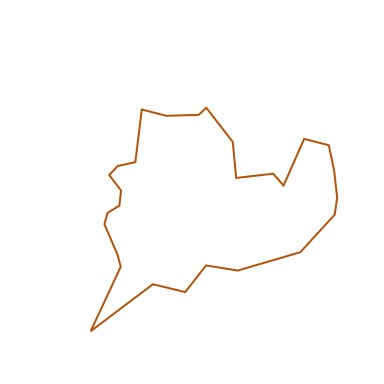 an SVG outline of Pasig, rotated 69°
{"feature_id": "PHL-5552", "entity_name": "Pasig", "entity_type": "Highly Urbanized City", "adm_level": 1, "iso_a3": "PHL", "parent_name": "Philippines", "parent_adm1": "", "projection": "mercator", "projection_center": [121.099, 14.57], "detail": "fine", "context": "isolated", "style": "outline", "palette": "amber", "viewbox_px": 384, "rotation_deg": 69, "n_neighbors": 0, "source": "natural_earth", "source_scale": "10m", "svg_char_len": 506}
<svg xmlns="http://www.w3.org/2000/svg" viewBox="0 0 384 384"><g transform="rotate(69 192 192)"><path d="M264.3,66.9L287.0,112.5L281.7,177.5L265.6,205.2L283.0,234.2L264.1,261.6L285.7,336.5L236.2,285.3L224.1,284.0L190.7,285.3L181.3,278.4L178.6,264.6L165.2,257.7L146.5,263.2L141.1,252.2L143.8,234.2L97.0,209.3L111.7,188.6L122.4,158.1L118.4,148.5L159.9,136.0L194.7,145.7L204.0,109.7L218.8,104.2L182.6,68.2L197.4,47.5L222.8,51.6L249.5,58.6L264.3,66.9Z" fill="none" stroke="#b45309" stroke-width="2"/></g></svg>